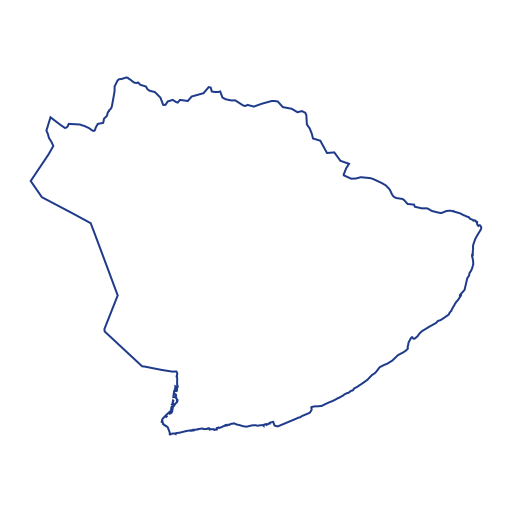 Kota Balikpapan, Kalimantan Timur, Indonesia
{"feature_id": "22746128B66626446070966", "entity_name": "Kota Balikpapan", "entity_type": "district", "adm_level": 2, "iso_a3": "IDN", "parent_name": "Indonesia", "parent_adm1": "Kalimantan Timur", "projection": "orthographic", "projection_center": [116.897, -1.161], "detail": "fine", "context": "isolated", "style": "outline", "palette": "blue", "viewbox_px": 512, "rotation_deg": 0, "n_neighbors": 0, "source": "geoboundaries", "source_scale": "gbopen_adm2", "svg_char_len": 6004}
<svg xmlns="http://www.w3.org/2000/svg" viewBox="0 0 512 512"><path d="M208.7,87.1L203.5,93.2L191.7,96.5L187.8,101.0L180.0,99.9L177.7,102.6L176.0,102.0L172.7,99.9L167.8,101.4L165.4,104.9L163.2,104.9L160.4,97.6L154.8,92.0L149.7,90.8L147.6,89.4L145.9,86.5L140.3,84.8L138.1,82.5L136.9,83.0L134.4,82.7L132.9,81.7L129.7,79.2L128.5,78.6L127.7,77.7L126.7,77.7L126.3,77.5L121.8,78.9L118.9,79.3L117.7,80.4L117.3,81.0L114.6,86.5L114.6,90.6L114.2,93.5L111.9,106.2L111.3,107.9L110.5,109.1L109.1,110.4L109.0,111.1L107.9,112.2L106.8,116.1L105.1,117.6L103.9,118.9L103.7,120.8L103.1,122.9L97.8,123.9L95.6,127.8L95.3,129.1L94.5,130.7L93.3,130.9L91.9,130.2L88.8,128.0L83.5,125.6L82.5,125.5L79.9,124.5L68.7,123.9L67.6,126.5L67.4,126.6L66.5,127.5L65.0,128.0L60.6,125.0L50.5,117.3L46.4,130.6L47.9,134.0L48.9,137.8L51.5,142.0L53.3,146.0L48.6,154.3L30.7,181.0L41.9,197.2L73.6,213.9L90.7,223.2L95.0,234.5L117.7,295.4L104.4,329.1L104.7,331.5L142.1,366.3L144.8,366.6L161.5,369.9L172.2,371.6L176.3,371.5L177.1,372.8L177.3,373.8L177.0,374.8L177.0,375.5L176.6,376.1L176.7,376.9L177.0,377.0L177.2,378.4L177.1,384.2L177.6,386.5L175.7,386.5L175.3,386.3L175.3,387.5L175.5,387.4L175.8,386.7L177.5,386.7L176.9,388.8L176.6,388.9L176.4,389.1L175.1,389.1L174.8,389.3L174.9,389.5L176.9,389.5L177.0,390.6L176.8,390.9L175.9,391.2L174.1,391.2L173.3,397.1L173.6,397.1L173.9,394.3L175.5,394.2L176.1,395.2L176.1,395.8L175.5,397.6L176.5,398.1L176.6,398.9L177.0,399.8L177.9,400.1L176.9,399.9L176.8,400.2L176.1,400.1L177.2,400.3L177.1,400.5L176.1,400.4L177.4,400.9L177.1,402.0L174.8,404.2L172.8,403.9L173.0,401.1L173.2,400.6L173.3,400.7L173.3,401.2L173.5,400.0L173.3,400.4L173.0,400.4L172.6,403.5L172.2,404.1L173.0,404.2L173.0,404.4L173.3,404.4L174.8,404.5L173.9,405.9L173.7,406.1L173.4,406.1L173.0,406.8L172.6,406.9L171.9,406.6L171.8,407.1L172.0,406.9L172.7,407.1L172.8,407.8L172.5,409.3L171.4,409.1L171.2,408.8L171.1,409.4L171.2,409.5L171.4,409.3L172.3,409.5L172.1,410.1L172.3,410.9L172.0,411.9L171.3,412.8L170.1,411.5L170.1,411.4L169.8,411.6L169.7,411.8L170.0,411.7L171.0,413.0L169.8,413.7L169.4,413.3L169.6,413.0L169.2,413.2L168.7,412.7L165.9,415.3L166.0,415.6L166.7,416.4L166.1,416.9L165.2,416.1L163.3,418.0L162.3,419.4L161.8,421.4L162.0,421.6L162.2,421.2L162.5,421.3L162.4,421.9L162.2,422.1L162.5,422.2L162.8,423.0L163.2,423.4L163.0,424.0L164.3,425.1L165.1,425.3L165.7,426.1L166.3,426.1L167.4,426.9L168.3,428.5L168.5,429.5L168.9,430.2L169.9,433.2L169.7,434.2L170.0,434.5L170.6,434.3L170.6,434.0L170.9,433.9L174.1,433.4L175.1,433.6L175.3,434.0L175.7,434.1L175.8,433.4L176.1,433.1L179.5,432.7L186.9,430.9L190.4,430.4L190.6,430.8L191.0,430.8L191.4,430.6L191.6,430.3L192.2,430.1L192.8,430.5L193.1,430.0L193.4,430.4L194.1,430.3L194.4,430.2L194.8,429.7L197.6,429.5L197.7,429.2L202.1,428.5L202.5,428.5L203.6,429.1L206.9,429.0L207.8,428.7L208.1,428.5L208.1,428.3L208.9,428.2L209.4,428.6L209.4,429.3L209.7,429.6L210.2,429.2L212.0,429.2L214.0,429.3L214.3,429.9L216.3,429.5L216.6,429.6L216.9,429.5L216.6,428.3L216.9,428.0L218.7,427.5L219.2,428.0L222.0,427.0L223.3,426.2L225.0,425.8L225.1,425.3L225.3,425.1L226.2,424.9L226.6,425.5L227.4,425.4L228.0,424.7L228.4,424.7L229.3,424.9L229.9,424.6L230.6,423.9L232.8,423.7L233.9,423.3L237.0,424.6L239.1,425.0L243.4,426.3L246.5,426.7L251.9,425.4L255.3,425.2L257.4,425.7L262.1,425.1L263.2,425.3L263.5,425.6L263.5,425.0L263.7,424.8L264.9,424.7L265.2,424.6L265.2,424.3L265.9,424.1L266.4,424.3L266.6,424.6L266.8,424.3L267.1,424.5L267.7,424.4L268.2,423.9L268.5,423.9L268.8,423.5L269.5,423.5L269.4,423.1L269.8,422.8L273.1,421.8L273.3,422.0L274.2,424.8L274.8,425.6L275.1,425.8L277.8,426.4L297.1,418.3L297.9,417.8L300.1,417.3L301.9,416.1L309.2,413.0L309.8,412.7L310.2,412.2L311.6,409.8L311.7,409.3L311.3,407.8L311.3,407.3L311.6,407.0L315.1,406.3L317.8,406.3L321.9,405.9L322.6,405.4L329.2,402.3L332.4,401.1L336.7,398.9L337.9,398.1L338.7,398.0L339.9,397.2L340.3,397.1L343.3,395.4L344.1,394.6L347.2,393.0L348.0,393.0L348.9,392.5L351.0,390.8L352.0,390.7L353.3,390.0L353.7,388.9L354.6,388.2L357.0,387.0L364.8,381.7L367.6,379.6L371.9,375.1L374.8,373.2L376.5,371.4L379.7,367.2L384.4,364.8L386.9,363.9L391.5,361.1L392.4,360.5L398.0,355.1L403.4,352.3L406.0,350.5L407.8,348.7L407.7,346.7L408.3,344.5L408.5,342.7L410.8,338.3L411.8,337.2L412.2,337.2L412.6,337.9L413.5,338.7L414.5,338.7L414.9,338.5L417.5,336.3L419.5,333.5L421.9,331.2L429.1,326.8L435.1,323.5L436.2,322.8L438.0,320.9L439.5,320.5L440.7,320.0L442.8,318.7L448.5,314.7L449.2,313.8L449.3,313.2L449.7,312.7L451.1,310.9L451.4,310.8L451.5,310.1L453.2,307.0L454.3,305.3L454.8,304.1L456.2,302.0L458.0,300.0L460.7,295.9L460.8,295.7L459.9,295.7L459.9,295.0L464.5,290.0L467.3,278.2L469.1,275.5L469.5,273.0L471.0,270.9L472.0,268.6L473.2,264.5L473.2,261.8L472.6,258.1L472.0,256.0L472.1,255.3L472.5,255.7L472.8,255.3L472.8,250.9L473.1,248.8L473.0,246.6L473.2,244.9L474.8,240.2L475.8,237.9L476.8,236.1L480.6,229.9L481.1,228.8L481.3,227.4L480.5,225.9L480.0,225.3L479.3,225.2L478.3,225.9L477.5,225.0L477.0,223.2L477.2,222.2L477.0,221.8L476.1,221.8L475.6,220.8L474.8,220.3L473.7,220.8L473.3,220.6L472.9,219.9L470.1,218.8L468.6,217.0L467.9,216.8L467.3,216.8L466.1,216.3L465.4,215.8L463.3,215.1L461.1,213.8L459.4,213.1L454.7,211.8L454.1,211.6L453.6,211.1L453.3,211.4L450.7,210.7L447.9,210.8L445.9,211.2L442.8,212.5L441.1,213.1L437.1,212.3L431.7,210.9L428.7,209.1L426.9,208.3L421.5,208.3L414.8,206.7L414.0,204.6L407.6,204.0L404.4,200.4L403.2,199.4L402.1,198.9L396.8,198.1L394.5,197.3L392.9,195.8L391.7,193.8L390.2,190.4L389.1,188.8L385.8,185.4L381.5,182.9L372.9,178.9L370.1,178.1L360.8,177.2L355.9,178.5L351.2,178.7L343.9,175.4L343.6,174.8L346.1,168.4L349.0,163.8L340.4,160.8L334.3,152.4L327.0,153.0L320.3,140.7L313.0,138.5L311.9,134.0L309.7,128.4L306.9,124.5L306.3,115.0L305.2,112.7L301.9,111.1L297.4,112.2L291.8,108.8L282.8,107.1L277.8,101.5L274.5,101.0L271.7,101.0L261.6,103.8L253.8,106.6L247.6,104.9L245.4,106.0L243.2,105.5L235.3,100.4L230.9,100.4L225.8,99.3L222.5,97.6L220.2,91.5L218.0,92.0L214.6,92.0L211.8,91.5L210.7,87.6L208.7,87.1Z" fill="none" stroke="#1e3a8a" stroke-width="2"/></svg>